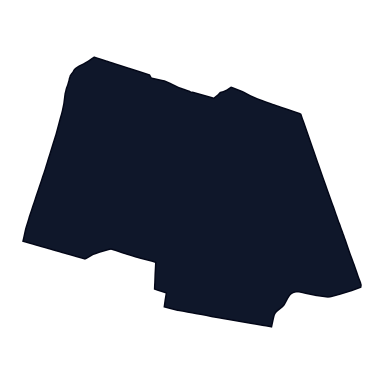 the district of Azcapotzalco, México, Mexico
{"feature_id": "50627088B15179175127697", "entity_name": "Azcapotzalco", "entity_type": "district", "adm_level": 2, "iso_a3": "MEX", "parent_name": "Mexico", "parent_adm1": "México", "projection": "mercator", "projection_center": [-99.184, 19.486], "detail": "fine", "context": "isolated", "style": "filled", "palette": "ink", "viewbox_px": 384, "rotation_deg": 0, "n_neighbors": 0, "source": "geoboundaries", "source_scale": "gbopen_adm2", "svg_char_len": 4478}
<svg xmlns="http://www.w3.org/2000/svg" viewBox="0 0 384 384"><path d="M299.8,113.7L290.8,110.6L288.8,109.9L286.7,109.2L286.4,109.1L284.6,108.5L282.7,107.9L280.6,107.2L278.7,106.5L276.5,105.8L275.1,105.3L274.7,105.1L272.6,104.5L270.6,103.7L268.5,103.0L266.2,102.2L264.3,101.5L262.3,100.7L260.3,100.0L257.0,98.8L255.9,98.3L255.7,98.2L250.0,95.7L249.5,95.4L248.2,94.7L246.3,93.7L244.5,92.7L242.5,91.7L240.5,90.9L238.7,90.2L237.4,89.7L233.1,88.0L231.1,87.3L228.9,88.8L228.4,89.1L228.2,89.3L226.8,90.2L223.2,91.8L221.9,92.1L221.1,92.3L220.9,92.4L220.3,92.5L218.2,94.8L218.0,95.0L215.6,96.9L215.1,97.3L213.8,98.3L212.4,97.9L212.2,97.8L211.9,97.7L192.7,92.3L191.1,92.4L190.4,92.0L189.3,91.3L187.7,90.8L186.0,90.2L184.5,89.6L182.6,89.0L181.0,88.4L178.8,87.7L178.4,87.5L177.7,87.2L174.3,85.5L172.6,84.7L170.8,83.8L170.7,83.7L169.1,83.0L164.5,81.0L164.0,80.9L162.4,80.6L154.8,78.9L151.2,78.1L149.5,75.0L148.9,74.8L140.4,72.0L129.1,68.4L128.6,68.3L127.7,68.0L120.3,65.6L119.6,65.4L118.5,65.0L118.0,64.9L117.1,64.6L114.6,63.8L114.0,63.6L113.8,63.5L113.7,63.5L113.2,63.3L111.0,62.6L110.2,62.4L107.1,61.3L106.2,61.1L103.3,60.1L102.6,59.9L101.7,59.6L99.2,58.8L97.5,58.3L95.7,57.7L94.2,57.2L93.0,58.0L92.2,58.5L91.8,58.8L90.5,59.7L89.3,60.6L88.8,60.9L87.7,61.6L85.9,62.6L84.1,63.7L83.6,64.0L79.4,66.0L79.2,66.1L77.5,67.2L75.6,68.5L75.2,68.9L74.6,69.5L74.4,69.7L74.1,70.2L73.8,70.7L73.7,70.9L73.3,71.7L72.8,72.5L72.5,72.9L72.0,73.4L71.4,74.2L71.2,74.5L70.9,75.0L70.4,75.6L70.1,76.7L69.8,77.7L69.5,78.3L69.1,80.5L68.4,82.8L68.2,83.6L68.1,83.8L67.8,85.0L66.6,88.0L66.1,89.9L65.9,90.9L65.2,93.6L64.9,95.9L63.9,103.8L62.6,110.0L62.5,110.6L61.5,114.5L61.1,115.8L60.3,118.6L58.8,124.3L56.2,134.0L56.0,134.7L55.2,137.2L54.5,139.4L54.3,140.1L53.3,143.2L52.2,146.8L51.2,150.0L50.3,153.0L49.6,155.2L48.6,158.3L47.8,160.9L47.6,161.7L46.5,165.2L46.4,165.5L45.2,169.5L44.4,171.9L44.0,173.2L43.2,175.4L42.8,176.5L41.5,180.7L40.2,184.5L39.5,186.5L38.7,189.0L36.3,196.0L35.8,197.5L35.1,199.8L34.3,202.2L33.9,203.4L32.9,206.2L31.6,210.3L30.2,214.4L29.3,217.1L28.9,218.7L27.7,222.6L26.4,226.7L26.3,227.0L25.7,229.1L24.8,233.2L23.9,237.4L23.0,241.2L25.5,241.9L27.2,242.4L30.0,243.2L32.9,244.0L35.8,244.9L38.7,245.7L41.4,246.5L44.4,247.3L45.8,247.7L47.2,248.1L48.8,248.6L50.0,248.9L51.7,249.4L52.9,249.8L54.4,250.2L55.7,250.6L56.9,250.9L59.8,251.7L62.3,252.5L65.0,253.2L67.6,254.0L67.8,254.0L71.0,254.9L72.7,255.4L74.5,255.9L75.7,256.3L78.2,257.0L78.3,257.0L80.0,257.5L80.8,257.7L84.9,258.9L86.3,258.3L91.6,255.2L92.9,254.4L95.7,253.5L99.5,252.1L104.4,250.7L108.2,249.6L110.1,249.1L111.5,249.1L114.0,249.9L115.5,250.3L118.4,251.3L121.5,252.4L123.3,253.0L125.4,253.6L127.1,254.2L128.9,254.7L131.2,255.4L133.4,256.1L135.5,256.8L137.8,257.4L139.8,258.0L143.3,258.9L151.6,261.0L153.6,261.6L155.8,262.4L155.2,274.0L154.9,283.1L154.8,284.1L154.6,289.0L157.7,290.1L161.5,291.3L166.4,292.9L166.3,293.6L165.3,299.6L164.3,306.8L169.5,308.2L177.7,310.3L178.2,310.3L183.3,311.1L187.5,312.0L192.3,312.8L196.3,313.6L201.4,314.4L206.3,315.3L209.8,316.1L212.0,316.6L214.5,317.0L219.4,317.8L222.6,318.4L224.4,318.7L228.0,319.3L239.5,321.3L251.6,323.4L255.4,324.0L263.3,325.4L265.7,325.7L269.5,326.4L271.5,326.8L272.1,323.9L272.6,321.6L273.2,318.8L274.0,315.5L274.3,314.7L274.9,313.4L275.4,312.8L275.9,312.1L276.5,311.5L277.6,310.5L278.5,309.8L280.6,308.1L282.1,306.9L283.0,306.0L283.9,305.0L284.5,304.0L285.7,301.8L286.5,300.3L287.4,298.5L288.8,296.3L289.6,295.1L290.0,294.7L290.6,294.1L291.5,293.4L292.6,292.8L293.4,292.4L295.2,291.9L296.5,291.7L298.1,291.7L299.2,291.8L300.2,292.0L302.6,292.5L304.6,293.0L306.3,293.4L309.3,294.0L311.2,294.4L315.2,295.2L315.9,295.4L316.9,295.5L318.4,295.7L320.6,296.0L323.6,296.4L327.3,296.9L328.5,296.9L329.5,296.8L330.8,296.6L336.4,295.1L338.1,294.6L339.4,294.3L340.7,293.9L342.6,293.3L344.6,292.7L345.5,292.4L346.9,292.0L349.1,291.3L351.5,290.6L360.7,287.2L361.0,285.4L360.9,284.4L360.7,284.0L360.4,282.6L358.2,276.9L356.4,271.5L356.2,271.0L355.2,268.1L354.8,267.0L354.0,264.6L353.2,262.7L353.1,262.3L352.3,260.1L351.5,257.9L350.5,255.3L349.7,253.1L348.7,250.2L347.8,247.6L346.2,242.9L345.3,240.2L344.4,237.9L343.7,235.7L342.8,233.5L342.7,233.0L341.7,230.3L341.3,229.3L340.5,227.1L340.0,225.5L339.1,223.1L338.7,222.4L336.7,216.5L335.9,214.4L333.5,207.3L332.1,203.7L328.8,194.4L327.0,189.4L325.7,185.6L324.3,181.7L322.9,177.8L318.1,164.0L317.8,163.3L313.7,151.3L312.8,148.8L306.2,129.7L303.3,121.4L302.4,119.1L300.8,114.3L299.8,113.7Z" fill="#0f172a" stroke="#020617" stroke-width="1.5"/></svg>